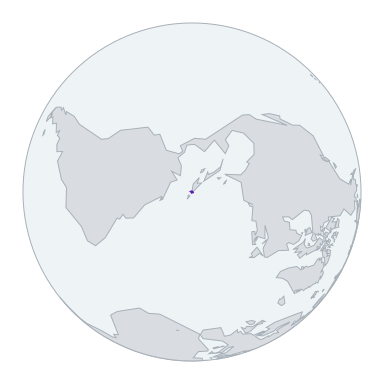 La Altagracia highlighted on a globe, orthographic projection, rotated 118°
{"feature_id": "DOM-1987", "entity_name": "La Altagracia", "entity_type": "Province", "adm_level": 1, "iso_a3": "DOM", "parent_name": "Dominican Republic", "parent_adm1": "", "projection": "orthographic", "projection_center": [-68.677, 18.544], "detail": "fine", "context": "on_globe", "style": "filled", "palette": "violet", "viewbox_px": 384, "rotation_deg": 118, "n_neighbors": 0, "source": "natural_earth", "source_scale": "10m", "svg_char_len": 9461}
<svg xmlns="http://www.w3.org/2000/svg" viewBox="0 0 384 384"><g transform="rotate(118 192 192)"><circle cx="192" cy="192" r="169" fill="#eef3f6" stroke="#a8b0b8"/><path d="M164.4,221.3L160.5,219.3L156.6,224.0L143.4,215.0L139.0,204.7L100.4,183.6L96.8,177.8L97.5,169.4L88.5,139.3L90.6,166.3L86.4,160.4L83.7,150.3L86.2,148.5L85.7,134.4L82.5,128.3L85.5,111.4L98.6,92.6L99.1,96.2L102.1,91.7L101.8,87.2L100.8,85.4L110.9,67.8L111.5,57.3L106.0,57.8L111.6,55.1L97.5,59.3L94.2,58.4L101.4,57.3L104.8,55.6L104.3,53.6L107.7,51.5L109.4,49.5L113.5,47.4L117.4,47.4L120.1,46.2L119.6,44.9L123.3,42.4L123.7,44.4L130.3,40.3L138.0,40.8L135.7,49.9L143.4,50.1L150.1,59.9L152.9,57.9L157.2,61.0L162.1,60.0L161.9,62.6L166.0,59.7L165.2,57.6L166.7,55.7L169.5,55.1L169.8,58.1L168.4,58.8L170.0,59.4L168.9,61.3L171.0,60.0L171.0,64.1L175.2,59.3L178.7,61.9L177.5,64.8L172.2,65.5L156.5,75.6L153.8,79.7L155.2,84.3L169.3,90.4L168.5,94.9L171.4,100.2L174.3,97.0L173.1,91.8L179.3,87.7L177.0,82.4L179.2,80.2L179.1,74.8L185.0,74.7L190.7,77.8L191.1,82.5L193.6,84.1L198.0,79.3L203.2,88.2L214.6,94.9L215.3,97.6L208.2,102.8L196.3,103.2L187.1,111.9L199.0,105.7L200.6,113.4L203.3,114.6L206.7,114.1L208.4,111.1L210.1,113.9L199.1,120.5L197.3,118.1L200.8,115.9L195.2,116.3L187.8,121.8L189.2,125.7L176.4,131.3L177.3,134.3L175.0,137.6L174.5,132.2L175.1,142.3L160.4,153.2L161.0,171.4L154.0,157.0L147.6,155.1L139.8,154.9L139.8,157.8L129.6,154.8L120.0,160.2L115.8,174.2L118.8,185.5L130.2,187.1L133.9,181.2L142.5,180.6L135.7,196.6L150.5,199.9L148.7,212.1L153.0,218.6L160.5,217.3L168.3,220.5L174.0,213.6L183.1,209.9L183.2,219.7L188.4,210.8L193.4,215.5L211.6,214.6L210.2,216.9L225.6,227.7L242.3,231.4L246.2,238.0L244.1,242.5L249.9,243.1L250.0,245.9L273.0,247.1L284.7,251.9L284.2,261.3L274.3,273.5L264.9,296.0L247.0,304.9L242.2,313.2L227.8,325.3L217.0,325.2L219.8,330.2L213.6,333.6L206.5,334.0L205.2,337.5L199.9,337.7L203.3,339.8L194.9,344.0L197.3,347.1L191.1,350.0L192.9,351.7L190.6,351.6L188.1,352.2L187.9,353.0L180.7,351.4L178.5,347.5L181.0,345.6L177.9,345.1L183.2,339.6L179.9,340.7L180.5,331.4L185.1,323.2L187.9,296.7L184.2,291.0L171.1,284.1L155.4,261.3L159.5,252.1L156.1,247.5L167.2,234.3L164.4,221.3ZM32.4,142.7L33.7,139.0L33.1,141.9L32.4,142.7ZM34.4,136.4L33.9,137.7L34.3,136.5L34.4,136.4ZM34.5,135.3L34.4,136.1L34.4,135.5L34.5,135.3ZM34.6,134.3L34.6,134.6L34.6,134.8L34.6,134.3ZM159.8,177.5L176.8,186.6L166.9,187.5L168.8,185.9L164.6,182.2L156.6,178.6L148.0,180.1L159.8,177.5ZM35.2,131.6L35.4,130.8L35.6,130.8L35.2,131.6ZM168.0,167.8L165.0,167.0L168.0,167.0L168.0,167.8ZM99.8,85.1L101.4,87.4L100.5,92.5L98.7,90.7L99.8,85.1ZM102.0,76.3L103.7,76.5L100.1,80.7L100.2,79.2L102.0,76.3ZM101.3,59.0L102.0,60.0L100.2,59.8L101.3,59.0ZM108.9,49.6L107.6,50.1L109.0,48.9L108.9,49.6ZM175.9,75.2L177.5,75.0L176.7,76.1L175.9,75.2ZM174.4,73.2L172.4,74.7L171.4,73.9L172.6,73.1L174.4,73.2ZM116.6,44.7L119.3,42.9L117.2,44.7L116.6,44.7ZM177.2,71.7L169.8,72.5L168.1,71.3L171.5,67.1L177.2,71.7ZM121.3,41.9L127.7,38.1L125.4,38.6L135.5,35.5L126.7,39.5L124.5,41.4L123.8,41.0L121.3,41.9ZM163.7,57.2L164.7,59.4L161.3,58.2L163.7,57.2ZM161.2,57.0L148.6,56.9L148.5,53.7L152.7,54.2L150.6,50.8L156.8,49.2L159.4,50.7L158.2,53.0L161.4,50.7L161.2,57.0ZM140.0,34.6L142.2,33.9L140.7,34.7L140.0,34.6ZM167.0,54.9L164.5,55.0L164.3,52.1L169.3,51.4L167.8,52.5L167.0,54.9ZM147.0,50.9L147.8,48.8L153.0,46.9L154.0,45.9L156.9,48.9L147.0,50.9ZM169.2,52.9L171.9,51.1L174.5,52.0L169.5,54.6L169.2,52.9ZM162.1,51.8L162.2,50.5L163.8,50.9L162.1,51.8ZM185.4,54.7L182.4,54.6L182.0,53.0L185.4,54.7ZM172.7,50.5L171.8,50.2L171.3,49.6L173.5,48.8L172.7,50.5ZM160.4,47.5L162.4,47.2L159.5,46.1L163.2,44.9L164.5,47.2L165.6,45.7L166.7,45.3L166.5,47.7L160.4,47.5ZM174.3,46.4L177.3,49.3L183.0,49.7L183.5,51.0L174.2,50.3L174.3,46.4ZM169.7,46.9L172.7,46.8L171.8,48.3L169.2,49.3L169.7,46.9ZM165.3,43.3L159.2,44.5L159.1,44.0L165.3,43.3ZM176.2,46.1L175.4,45.4L176.7,46.0L176.2,46.1ZM168.9,43.7L166.7,44.2L166.7,43.6L168.9,43.7ZM175.7,43.8L176.7,44.7L175.0,45.3L175.7,43.8ZM172.7,43.5L173.2,42.6L173.8,45.0L171.8,43.8L172.7,43.5ZM169.2,43.1L168.5,42.9L170.1,43.0L169.2,43.1ZM181.7,41.2L182.8,44.1L179.0,45.4L178.4,42.3L181.7,41.2ZM192.9,354.5L181.4,351.9L187.8,353.2L192.1,351.9L198.2,353.7L192.9,354.5ZM205.6,350.9L210.7,349.9L211.9,350.3L208.7,351.1L205.6,350.9ZM323.2,85.6L326.7,91.6L322.0,86.7L314.7,76.3L312.2,73.3L323.2,85.6ZM308.1,69.3L306.7,68.2L301.2,63.2L305.5,67.5L307.2,68.7L309.9,71.6L308.6,70.8L306.6,68.9L306.6,69.6L315.7,79.2L318.3,81.5L320.9,87.6L325.6,92.1L327.9,96.0L320.9,89.9L318.1,86.6L308.7,82.6L311.9,86.4L321.0,90.7L320.2,91.3L324.6,97.3L320.7,93.2L310.0,88.3L309.2,94.9L316.3,113.5L314.2,117.5L308.8,117.5L298.2,102.8L304.1,95.6L300.4,91.0L292.3,87.2L294.8,85.6L292.2,83.4L293.8,80.8L289.2,73.1L289.8,70.5L281.5,63.9L280.6,61.9L285.8,66.2L289.7,68.1L290.3,62.6L288.5,60.5L283.0,56.9L283.8,56.2L278.5,53.5L275.6,49.6L274.6,52.3L268.2,48.9L262.9,45.1L260.6,44.7L269.2,51.1L272.8,53.3L276.2,54.3L285.8,61.9L287.0,64.7L276.3,59.2L276.8,62.8L268.2,57.7L250.3,42.3L246.1,38.3L253.0,37.1L257.7,39.2L257.6,40.6L263.7,41.8L260.3,40.5L261.0,40.1L255.1,37.5L255.3,37.2L249.2,35.5L248.8,34.8L252.6,35.9L243.5,32.2L240.9,30.8L238.7,30.2L237.1,29.9L234.8,28.7L233.3,28.3L233.5,28.5L230.6,28.1L224.6,27.0L224.1,26.6L226.2,26.9L230.0,27.4L235.6,28.8L247.0,32.3L258.2,36.6L269.1,41.7L279.6,47.5L289.6,54.1L299.1,61.3L308.1,69.3ZM231.9,27.8L229.8,27.3L225.3,26.7L221.8,26.2L223.3,26.2L222.5,26.1L220.6,25.8L218.3,25.3L216.4,25.3L196.4,24.1L190.0,23.6L193.5,23.2L179.1,23.7L173.0,24.1L166.4,25.1L168.2,24.9L167.7,25.1L151.1,28.8L146.8,29.8L139.8,32.5L142.6,32.0L135.5,35.5L125.4,38.6L125.8,37.9L119.2,40.8L120.9,39.2L119.3,39.6L122.9,37.8L129.2,35.2L129.7,35.0L141.9,30.7L154.4,27.3L167.2,24.9L180.2,23.5L193.2,23.0L206.2,23.6L219.2,25.2L231.9,27.8ZM347.0,259.3L351.6,246.6L355.8,232.4L357.4,223.3L356.9,206.8L357.3,194.1L356.2,190.6L354.4,194.3L352.6,190.1L351.2,191.6L338.9,206.1L332.6,201.9L319.1,183.9L319.5,173.3L315.0,163.2L313.9,118.4L318.7,117.2L323.5,103.6L325.0,103.4L329.9,111.4L337.8,113.1L334.0,104.9L335.8,103.7L333.9,100.3L340.0,110.5L345.4,121.1L350.0,132.0L353.8,143.3L356.8,154.7L359.0,166.4L360.4,178.2L360.9,190.0L360.7,201.9L359.6,213.7L357.6,225.4L354.9,236.9L351.3,248.3L347.0,259.3ZM320.2,138.3L321.6,141.4L320.2,138.3ZM212.2,214.5L214.4,216.3L211.5,216.5L212.2,214.5ZM165.4,191.6L169.1,191.9L171.0,193.5L168.1,193.9L165.4,191.6ZM196.4,192.0L200.6,192.9L196.2,193.7L196.4,192.0ZM179.5,187.8L193.0,191.8L184.3,194.7L175.8,192.3L181.8,191.5L179.5,187.8ZM166.0,173.5L168.3,174.4L167.5,176.2L166.0,173.5ZM170.1,167.8L169.2,168.0L168.2,166.4L170.1,167.8ZM201.2,113.0L202.2,112.5L205.5,112.7L203.9,114.0L201.2,113.0ZM220.8,106.4L223.2,111.0L220.3,108.4L218.5,110.8L210.2,108.7L215.2,98.9L214.4,103.6L220.8,106.4ZM200.5,103.8L205.2,105.8L199.9,104.1L200.5,103.8ZM276.6,75.4L279.3,75.6L282.0,78.6L281.2,83.3L277.4,78.9L276.6,75.4ZM282.6,75.4L272.1,69.5L272.1,66.7L273.9,69.2L275.0,68.0L278.1,71.7L288.3,75.4L291.4,78.4L288.4,84.7L287.7,80.8L285.0,80.6L282.6,75.4ZM245.3,63.4L240.8,62.0L246.7,57.7L250.3,59.6L249.8,64.1L245.3,64.5L245.3,63.4ZM184.6,64.5L182.5,65.1L182.4,64.2L184.1,62.9L184.6,64.5ZM184.0,54.8L193.8,61.4L191.9,62.2L199.9,65.7L197.9,69.5L192.8,67.0L197.3,72.8L191.9,72.1L195.5,75.9L184.2,70.1L179.6,70.1L185.5,68.5L187.5,64.9L186.9,63.4L181.8,59.3L172.6,58.0L173.1,54.7L175.8,52.7L178.1,52.5L177.1,54.6L180.9,52.8L181.1,55.8L184.0,54.8ZM207.9,37.7L205.7,39.1L213.3,38.2L213.6,40.2L214.5,40.0L216.9,41.8L221.2,43.7L220.6,44.6L222.6,45.0L224.2,46.4L226.7,47.3L226.4,49.5L229.4,50.8L227.6,51.1L232.9,53.0L228.8,52.6L230.5,54.7L233.5,54.0L225.9,65.8L225.8,71.9L228.0,77.4L220.7,76.6L214.0,71.3L208.6,64.5L209.7,59.1L206.2,60.0L205.7,57.8L208.7,58.0L203.8,56.4L204.2,54.8L199.4,50.1L192.1,49.5L190.2,48.0L193.2,47.4L189.2,46.4L193.6,44.4L192.3,43.4L195.4,40.7L202.0,40.6L200.1,39.5L202.3,37.8L207.9,37.7ZM182.7,40.4L190.6,39.2L194.6,40.0L187.5,44.4L188.1,45.6L183.7,49.0L178.0,48.0L179.7,47.1L180.1,46.0L181.8,46.7L180.8,45.3L183.2,44.1L183.0,42.8L185.6,42.7L182.7,40.4ZM323.4,99.5L323.9,98.9L324.0,97.1L326.8,101.1L323.4,99.5ZM316.3,96.3L316.3,94.9L320.3,99.2L319.7,100.1L316.3,96.3ZM312.9,90.9L316.0,94.6L314.0,93.1L312.9,90.9ZM285.5,65.0L285.1,63.7L286.4,64.4L288.1,66.1L285.5,65.0ZM230.5,36.9L228.6,37.2L227.6,36.8L221.8,36.2L221.1,34.9L224.4,34.7L230.5,36.9ZM325.6,88.6L328.3,92.2L327.7,91.5L326.9,90.4L325.6,88.6ZM329.1,96.7L329.9,96.4L329.8,97.8L329.1,96.7ZM228.7,35.4L226.4,35.3L227.5,34.7L228.7,35.4ZM220.3,34.0L221.0,33.2L220.3,34.7L220.3,34.0ZM219.5,27.1L228.4,29.0L234.4,30.2L237.0,30.3L237.1,31.3L227.9,29.4L219.5,27.1ZM199.3,24.4L197.0,24.8L195.4,24.5L195.7,24.3L199.3,24.4ZM199.7,24.7L201.8,25.6L198.8,25.8L197.8,25.0L199.7,24.7ZM215.6,29.5L218.3,30.1L217.3,30.5L215.6,29.5ZM141.5,33.8L142.1,33.9L140.3,34.3L141.5,33.8ZM168.9,25.0L168.0,25.3L165.9,25.5L168.9,25.0ZM164.4,26.4L167.3,25.9L164.4,26.5L164.4,26.4ZM173.9,24.9L168.6,25.7L173.4,24.8L173.9,24.9Z" fill="#d9dde1" stroke="#a8b0b8" stroke-width="1"/><path d="M191.7,190.7L191.8,190.7L191.8,190.8L192.2,191.1L192.3,191.2L192.4,191.3L192.6,191.4L192.7,191.6L192.9,191.7L193.0,191.8L192.7,192.3L192.7,192.5L192.4,192.6L192.2,192.5L192.1,192.8L192.1,193.0L191.8,193.0L191.8,192.9L191.7,192.7L191.4,192.4L191.5,192.2L191.5,191.9L191.4,191.8L191.3,191.7L191.5,191.4L191.6,191.2L191.6,190.9L191.7,190.7ZM192.0,193.1L192.3,193.2L192.3,193.3L192.2,193.2L192.0,193.3L191.9,193.3L191.8,193.2L191.7,193.1L191.8,193.0L192.0,193.1Z" fill="#8b5cf6" stroke="#5b21b6" stroke-width="1.5"/></g></svg>